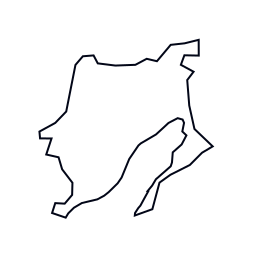 outline of Gurlen, Khorezm, Uzbekistan, rotated 280°
{"feature_id": "79887680B99792663535597", "entity_name": "Gurlen", "entity_type": "district", "adm_level": 2, "iso_a3": "UZB", "parent_name": "Uzbekistan", "parent_adm1": "Khorezm", "projection": "equal_earth", "projection_center": [60.261, 41.834], "detail": "fine", "context": "isolated", "style": "outline", "palette": "ink", "viewbox_px": 256, "rotation_deg": 280, "n_neighbors": 0, "source": "geoboundaries", "source_scale": "gbopen_adm2", "svg_char_len": 966}
<svg xmlns="http://www.w3.org/2000/svg" viewBox="0 0 256 256"><g transform="rotate(280 128 128)"><path d="M124.6,214.6L138.6,193.6L160.8,184.4L185.5,178.0L194.8,182.8L199.4,169.1L209.4,170.9L211.6,185.1L227.1,182.3L221.2,169.0L217.3,155.6L198.8,144.9L199.4,134.4L191.5,124.3L187.3,104.7L186.4,87.0L193.5,81.5L190.8,71.1L181.0,65.3L133.5,64.3L120.4,55.5L109.1,41.4L102.5,43.2L104.4,54.5L87.7,52.1L87.1,64.7L75.9,70.3L64.4,82.8L52.4,84.6L42.5,78.8L41.4,69.4L31.1,68.0L28.9,82.2L33.6,84.0L40.1,88.6L46.1,95.6L52.4,110.2L57.2,116.3L61.5,120.1L71.7,127.4L78.1,130.3L97.7,134.6L112.6,141.3L115.1,143.3L126.5,156.7L134.3,162.7L140.0,167.0L146.3,175.2L145.8,180.3L142.8,182.3L134.0,182.1L130.9,186.8L121.1,183.7L111.8,176.3L101.7,177.3L97.7,176.7L82.4,164.4L75.5,161.8L69.2,158.2L69.1,158.9L60.9,156.1L53.7,153.7L50.9,152.0L45.5,149.7L43.0,149.9L52.3,166.1L79.7,168.5L89.3,177.9L102.3,195.3L116.5,205.2L124.6,214.6Z" fill="none" stroke="#020617" stroke-width="2"/></g></svg>